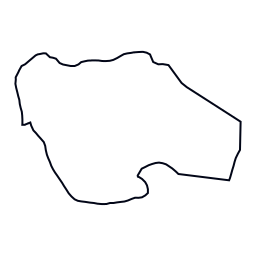 the district of Ash Shahil, Hajjah, Yemen
{"feature_id": "15242507B16315139957826", "entity_name": "Ash Shahil", "entity_type": "district", "adm_level": 2, "iso_a3": "YEM", "parent_name": "Yemen", "parent_adm1": "Hajjah", "projection": "natural_earth1", "projection_center": [43.424, 15.855], "detail": "fine", "context": "isolated", "style": "outline", "palette": "ink", "viewbox_px": 256, "rotation_deg": 0, "n_neighbors": 0, "source": "geoboundaries", "source_scale": "gbopen_adm2", "svg_char_len": 1963}
<svg xmlns="http://www.w3.org/2000/svg" viewBox="0 0 256 256"><path d="M22.3,124.8L22.7,124.8L23.2,124.8L24.9,124.8L25.2,124.6L25.7,124.3L26.1,124.2L26.7,124.0L27.1,123.8L27.4,123.6L28.0,123.5L28.3,123.2L28.7,123.2L28.8,123.2L29.4,122.8L29.8,122.7L30.3,122.5L31.2,125.6L33.4,130.4L36.0,133.1L38.3,135.9L41.1,139.0L43.8,142.1L45.2,145.9L45.7,149.4L45.9,150.5L46.9,154.7L47.8,157.1L48.3,158.4L49.9,162.0L51.3,165.9L53.1,169.4L55.0,172.5L57.2,175.6L59.5,179.0L62.1,182.8L64.0,186.0L65.4,188.1L66.5,189.8L68.7,193.3L71.5,196.5L74.6,199.3L77.8,200.8L81.2,201.4L85.4,201.9L89.9,202.6L93.9,203.0L97.5,203.7L102.2,204.1L106.5,204.0L110.0,203.0L113.5,203.0L117.0,202.4L121.0,201.9L124.5,201.5L127.9,200.5L131.7,198.9L135.1,197.7L138.6,197.8L142.0,197.3L145.3,195.4L147.9,193.0L147.9,189.2L147.0,185.4L145.2,182.1L142.1,179.0L139.1,177.1L137.9,176.7L137.7,175.5L141.7,168.7L145.2,167.0L148.7,165.2L152.1,164.0L152.8,163.8L155.6,163.0L159.0,162.6L162.6,163.2L165.1,164.0L166.2,164.4L169.2,166.4L172.2,168.4L175.6,171.3L177.5,173.1L178.4,174.0L229.1,180.3L230.0,178.0L231.2,173.9L232.3,169.9L233.5,166.1L234.6,161.8L235.8,158.0L237.9,153.7L240.0,149.9L240.6,121.7L237.2,119.5L206.2,99.6L186.7,87.1L181.6,83.0L179.9,80.7L168.5,65.1L166.3,64.7L162.7,64.1L158.3,64.3L153.2,62.0L150.2,54.9L150.1,54.5L146.7,52.7L143.2,51.9L141.4,51.9L138.9,52.0L134.8,52.3L134.6,52.4L134.1,52.3L131.0,52.9L127.2,53.4L123.8,54.2L120.6,56.0L117.2,58.0L113.3,59.9L109.8,60.8L105.4,61.1L102.1,61.0L98.6,60.5L95.2,60.4L91.6,60.4L91.2,60.5L88.0,60.6L84.6,61.3L81.2,62.1L78.5,64.4L74.7,66.0L70.7,66.0L66.6,65.2L63.0,64.5L59.6,63.0L56.0,58.7L53.5,57.9L52.8,57.7L49.9,57.2L45.9,53.4L43.3,53.3L40.0,54.0L37.7,54.4L35.6,55.4L29.9,60.2L25.8,63.7L24.9,64.4L21.6,66.0L19.2,70.3L18.3,72.3L15.7,77.3L15.8,79.5L15.7,80.7L15.4,83.8L16.2,87.9L17.2,91.8L18.0,95.1L18.2,96.0L19.3,99.8L19.8,104.1L20.7,108.0L21.8,111.7L22.2,115.5L22.4,119.5L22.4,123.3L22.3,124.8Z" fill="none" stroke="#020617" stroke-width="2"/></svg>